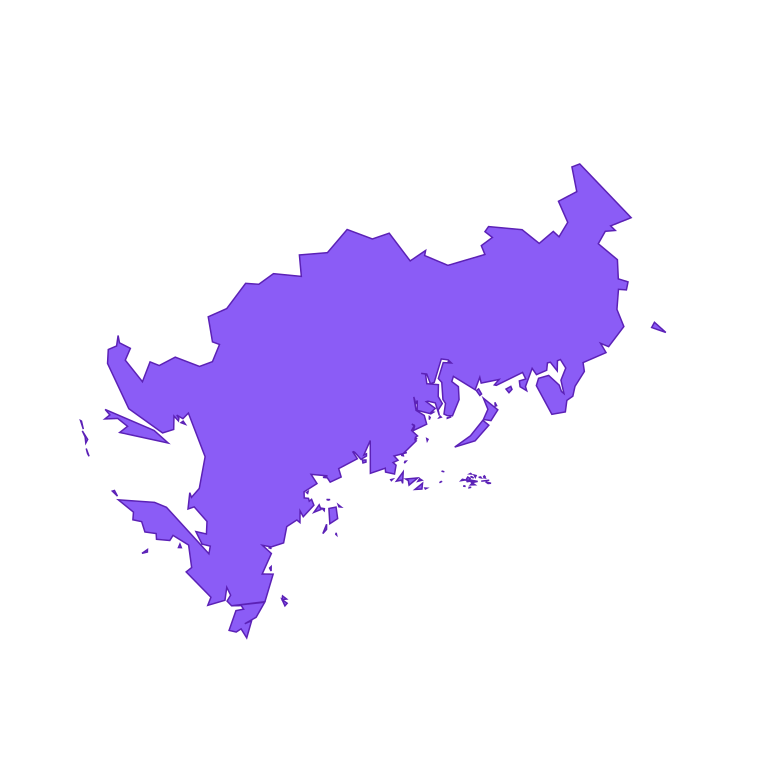 SVG path tracing the border of Russia, rotated 153°
{"feature_id": "RUS", "entity_name": "Russia", "entity_type": "country or territory", "adm_level": 0, "iso_a3": "RUS", "parent_name": "Europe", "parent_adm1": "", "projection": "albers", "projection_center": [98.07, 61.527], "detail": "fine", "context": "isolated", "style": "filled", "palette": "violet", "viewbox_px": 768, "rotation_deg": 153, "n_neighbors": 0, "source": "natural_earth", "source_scale": "50m", "svg_char_len": 6231}
<svg xmlns="http://www.w3.org/2000/svg" viewBox="0 0 768 768"><g transform="rotate(153 384 384)"><path d="M605.0,539.3L598.9,547.9L601.0,540.8L593.8,530.9L603.7,522.7L598.2,495.7L582.4,509.9L575.9,502.5L557.8,502.7L540.4,483.4L526.7,481.8L512.6,493.9L517.7,499.4L510.1,523.7L489.9,522.6L461.6,536.5L450.3,529.7L432.4,532.5L408.8,517.4L400.8,537.4L374.8,526.7L346.7,538.4L328.5,518.5L310.9,516.0L304.8,481.8L286.3,484.1L289.5,480.0L273.2,460.7L235.3,453.6L234.5,463.1L220.9,465.4L224.9,473.9L219.4,476.8L190.9,458.8L181.9,438.8L163.9,443.1L161.2,435.7L146.9,444.6L145.6,467.6L124.9,467.9L118.0,492.1L109.7,491.2L88.3,420.0L110.3,422.0L108.2,415.8L117.5,419.6L129.4,411.7L119.6,388.8L127.5,371.3L120.2,364.2L125.3,357.8L132.1,361.9L142.6,344.7L144.2,326.3L166.9,315.3L172.6,322.0L171.9,311.2L196.9,312.7L199.8,304.2L214.9,295.2L221.3,287.4L228.5,286.4L235.1,276.8L248.2,280.8L249.0,313.4L243.7,318.9L233.4,316.9L228.4,303.5L229.3,296.8L228.0,293.8L224.6,307.1L214.8,315.7L215.7,325.7L218.9,326.0L223.7,317.0L225.9,327.9L228.8,328.6L232.8,322.4L243.9,323.1L244.9,330.7L259.1,317.5L259.9,313.2L264.0,319.8L262.0,325.3L255.4,324.1L255.3,331.4L284.5,331.8L286.1,333.1L279.4,335.8L297.0,340.7L295.6,346.5L305.4,337.5L318.7,359.3L322.5,355.4L318.9,347.9L324.2,336.0L337.4,324.6L341.9,327.0L344.2,330.0L338.0,338.8L338.5,343.5L331.8,359.2L333.1,364.2L321.5,376.2L314.4,372.1L315.9,376.4L321.6,380.3L338.5,362.7L342.5,363.1L341.4,373.5L346.1,376.6L342.5,374.1L345.7,364.8L335.8,358.7L341.4,348.2L340.9,340.1L347.6,336.2L349.0,330.7L346.9,343.9L352.6,348.7L354.4,349.1L349.4,339.0L356.6,336.9L366.4,345.5L361.8,354.2L364.6,352.2L363.3,359.0L367.4,346.0L362.4,337.7L364.2,328.8L379.0,329.2L375.9,332.5L375.7,333.5L377.4,335.7L376.1,333.0L380.5,330.1L377.7,322.5L380.1,322.3L381.8,320.1L381.1,318.7L396.7,313.8L394.9,312.5L407.7,315.3L406.1,309.7L411.6,309.9L410.1,306.2L415.5,299.0L422.6,304.8L421.1,308.4L436.7,310.6L421.9,339.9L434.2,329.9L431.3,329.8L432.3,327.8L438.7,327.3L441.0,336.2L441.8,337.5L442.6,337.5L441.7,329.5L462.8,329.2L464.4,320.6L476.5,321.0L477.1,326.1L480.7,328.5L476.0,327.8L490.0,336.6L488.9,325.7L504.2,324.2L506.8,318.7L503.2,316.4L503.8,313.5L500.9,314.1L501.5,307.8L516.2,302.4L516.4,309.0L521.8,298.7L523.4,302.4L535.4,301.1L545.6,288.0L558.3,290.0L565.6,295.5L561.3,284.1L578.8,270.0L569.1,264.9L588.9,244.1L620.5,255.6L622.4,261.8L616.5,265.5L616.4,274.2L623.9,263.5L641.5,266.8L635.0,272.6L645.6,306.4L638.7,307.8L631.2,329.2L640.7,344.9L645.9,341.8L657.2,348.9L654.9,354.2L664.2,360.7L662.4,371.4L669.4,377.0L665.4,383.6L673.3,401.4L642.2,382.7L633.8,372.9L617.1,312.2L612.4,318.4L618.8,324.0L618.6,337.9L610.3,331.0L604.1,341.9L608.9,360.7L615.4,361.6L606.4,375.3L607.0,370.4L596.0,374.8L576.4,400.4L571.5,446.9L578.9,444.4L582.8,450.4L582.3,446.6L583.9,444.5L585.7,450.8L592.0,439.0L603.5,440.9L622.6,477.8L621.0,527.8L614.0,539.9L605.0,539.3ZM589.4,243.7L603.8,234.2L616.9,233.6L609.4,233.2L621.6,220.1L622.5,230.7L628.3,230.1L633.9,234.8L618.8,249.3L611.3,247.1L611.8,251.3L620.5,255.6L589.4,243.7ZM349.6,295.7L330.5,298.6L312.4,306.8L309.3,299.7L328.6,292.0L349.6,295.7ZM603.1,429.4L641.5,460.8L631.7,462.7L636.9,474.2L648.6,479.6L642.3,480.9L644.0,487.9L609.9,446.9L603.1,429.4ZM305.3,302.8L311.5,307.3L302.9,314.3L301.9,326.2L294.3,309.3L305.3,302.8ZM482.6,296.1L486.4,285.1L495.7,284.1L489.6,298.1L482.6,296.1ZM396.6,285.0L407.6,282.5L406.2,286.9L407.8,289.5L396.6,285.0ZM397.9,273.2L404.3,276.0L394.7,278.1L397.9,273.2ZM412.5,287.0L412.0,290.3L417.1,291.8L406.8,297.0L412.5,287.0ZM498.8,285.1L501.2,280.5L506.4,278.5L498.8,285.1ZM109.5,302.0L119.9,312.8L115.0,316.2L109.5,302.0ZM337.7,251.8L341.5,253.3L333.9,250.5L337.7,251.8ZM497.1,300.8L504.7,301.5L496.6,305.8L497.1,300.8ZM572.7,238.2L569.8,232.6L573.0,231.3L572.7,238.2ZM277.6,324.1L272.1,324.3L272.4,321.1L276.6,319.5L277.6,324.1ZM344.8,254.7L348.5,255.7L349.0,258.0L344.8,254.7ZM354.7,261.2L351.6,263.1L350.1,260.7L351.7,259.4L354.7,261.2ZM357.4,263.5L355.1,261.6L359.2,262.9L357.4,263.5ZM304.7,336.2L301.9,336.7L301.6,330.8L303.8,330.3L304.7,336.2ZM398.0,281.9L395.2,283.4L393.8,281.0L398.0,281.9ZM348.7,252.9L352.7,254.8L350.2,255.6L348.7,252.9ZM572.7,238.2L570.6,241.2L568.4,236.6L572.7,238.2ZM336.5,248.1L337.9,250.7L333.7,247.0L336.5,248.1ZM343.0,325.1L339.0,324.2L343.2,324.7L343.0,325.1ZM438.6,323.2L437.8,326.0L434.6,324.5L435.5,322.6L438.6,323.2ZM569.5,268.6L569.5,272.0L567.4,272.6L569.5,268.6ZM347.9,261.6L346.8,259.5L349.0,262.2L347.9,261.6ZM350.9,256.2L350.7,258.8L349.4,256.2L350.9,256.2ZM676.5,466.8L674.3,472.6L674.1,479.2L673.2,469.1L676.5,466.8ZM345.0,259.4L345.0,261.9L343.5,260.6L345.0,259.4ZM356.5,336.1L353.1,336.9L352.5,336.4L356.5,336.1ZM641.4,331.6L638.5,334.0L638.9,330.2L641.4,331.6ZM494.8,298.3L495.6,301.4L493.7,300.0L494.8,298.3ZM579.3,438.3L582.4,441.7L579.8,442.1L579.3,438.3ZM672.4,405.1L674.7,411.9L672.5,411.5L672.4,405.1ZM342.0,257.9L340.1,257.3L340.0,256.3L342.0,257.9ZM359.8,331.7L358.4,334.3L358.0,333.3L359.8,331.7ZM479.9,295.0L479.6,297.3L478.0,293.8L479.9,295.0ZM670.4,488.3L672.4,480.3L671.0,489.2L670.4,488.3ZM394.8,271.7L394.8,272.7L393.1,271.7L394.8,271.7ZM294.9,313.8L293.5,317.3L293.5,313.6L294.9,313.8ZM354.8,259.4L353.4,259.6L352.7,258.7L354.8,259.4ZM379.4,270.9L377.3,271.2L377.2,270.9L379.4,270.9ZM671.1,341.7L676.5,343.0L669.9,343.9L671.1,341.7ZM560.7,290.2L560.0,290.6L559.1,288.4L560.7,290.2ZM679.7,456.6L678.6,461.7L679.6,453.5L679.7,456.6ZM355.0,253.3L353.2,252.4L355.3,252.9L355.0,253.3ZM337.7,256.1L336.3,256.6L336.1,255.9L337.7,256.1ZM359.8,257.1L358.5,256.7L357.9,255.7L359.8,257.1ZM348.4,265.0L347.4,265.0L347.1,264.2L348.4,265.0ZM399.3,311.2L401.1,312.7L399.1,311.8L399.3,311.2ZM370.1,278.4L371.9,279.8L372.1,280.3L370.1,278.4ZM401.8,304.2L400.4,305.6L399.3,305.2L401.8,304.2ZM350.2,328.9L348.5,329.7L348.1,328.5L350.2,328.9ZM317.2,374.2L315.8,375.5L315.5,373.3L317.2,374.2ZM486.5,305.9L487.6,307.2L484.5,305.5L486.5,305.9ZM371.3,313.7L370.7,315.9L369.9,314.7L371.3,313.7ZM501.7,321.2L502.3,322.5L500.4,322.7L501.7,321.2ZM379.1,320.7L380.8,320.1L381.0,320.6L379.1,320.7ZM421.3,294.6L421.4,295.7L419.4,295.2L421.3,294.6ZM337.4,255.0L336.4,255.3L336.4,254.3L337.4,255.0ZM495.2,272.0L494.2,273.1L494.8,270.9L495.2,272.0Z" fill="#8b5cf6" stroke="#5b21b6" stroke-width="1.5"/></g></svg>